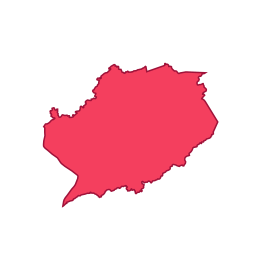 the district of Atalaya, Veraguas, Panama, rotated 242°
{"feature_id": "35544464B38923835463224", "entity_name": "Atalaya", "entity_type": "district", "adm_level": 2, "iso_a3": "PAN", "parent_name": "Panama", "parent_adm1": "Veraguas", "projection": "equal_earth", "projection_center": [-80.908, 8.019], "detail": "fine", "context": "isolated", "style": "filled", "palette": "rose", "viewbox_px": 256, "rotation_deg": 242, "n_neighbors": 0, "source": "geoboundaries", "source_scale": "gbopen_adm2", "svg_char_len": 5741}
<svg xmlns="http://www.w3.org/2000/svg" viewBox="0 0 256 256"><g transform="rotate(242 128 128)"><path d="M140.4,222.3L150.3,205.4L152.2,199.6L152.1,199.0L152.3,198.4L153.2,197.9L155.4,197.5L156.1,196.7L156.6,195.7L159.1,194.8L160.8,194.7L161.5,195.1L162.0,195.0L162.4,194.6L163.2,192.9L164.1,193.3L165.2,193.1L165.9,192.6L166.5,191.2L167.2,191.4L167.5,191.1L167.6,190.8L167.3,190.5L166.2,189.9L166.1,189.2L168.9,171.0L173.7,172.6L174.2,172.3L173.7,170.2L173.9,169.3L173.7,167.2L174.2,166.4L174.3,165.3L174.8,164.2L174.8,162.1L175.7,159.8L175.4,158.5L175.8,158.0L175.9,156.7L176.5,156.1L176.8,154.9L178.0,154.6L178.3,154.3L178.0,153.7L178.1,153.3L178.6,152.5L178.5,152.2L178.1,152.1L177.9,151.8L178.0,151.4L178.0,150.6L178.3,150.4L178.6,150.4L178.8,150.0L179.2,150.0L179.9,149.0L183.0,149.3L184.0,147.7L184.4,147.4L186.3,148.4L186.8,148.4L187.2,147.9L187.0,147.0L187.1,146.8L188.0,146.9L188.7,145.8L189.2,146.1L190.1,146.1L190.5,145.4L190.4,142.1L189.9,140.5L189.8,139.2L189.2,138.9L188.5,140.3L188.2,140.4L187.5,138.8L187.2,137.1L186.7,136.1L186.7,135.5L187.2,134.1L187.3,132.8L186.4,128.5L184.8,127.8L184.5,127.4L184.5,126.8L184.6,126.6L185.3,127.2L185.5,127.1L185.5,126.1L186.2,124.7L185.8,123.6L185.4,123.3L185.1,123.3L183.5,124.9L182.2,123.7L180.9,123.0L180.3,121.3L179.4,120.5L179.4,118.5L179.1,118.2L178.6,117.0L177.7,116.1L177.9,115.0L177.3,114.2L176.7,114.1L175.1,114.4L173.7,115.8L173.2,115.5L171.8,113.6L171.3,113.6L170.3,114.6L169.8,114.3L169.4,113.6L169.3,112.8L170.4,111.6L170.2,110.2L170.7,109.2L169.8,108.7L169.7,108.1L170.1,107.7L170.6,106.6L171.6,105.6L171.7,104.6L171.4,103.2L171.1,102.7L170.0,102.2L169.6,102.7L168.7,102.0L168.3,99.2L168.0,98.9L167.2,98.7L166.9,98.5L166.9,98.1L167.1,97.8L168.9,97.1L169.2,96.7L169.3,96.3L168.9,95.7L167.7,95.1L166.1,93.5L166.1,92.6L166.9,90.5L167.1,89.4L166.7,89.1L165.4,90.0L165.0,89.9L164.8,88.4L164.2,86.4L164.4,86.2L165.2,86.0L165.4,85.3L165.0,85.0L164.0,85.3L163.6,84.8L163.9,83.2L164.7,81.4L165.0,81.2L165.9,81.9L166.4,81.9L166.7,81.3L166.8,80.5L167.2,80.2L167.9,80.2L168.7,78.1L170.3,76.5L170.4,75.9L169.5,74.3L169.4,73.7L169.4,73.1L169.7,72.6L170.3,72.2L171.9,72.4L172.4,72.2L173.4,73.0L174.9,72.9L175.4,73.2L175.6,73.6L177.7,74.7L178.0,74.2L178.0,73.8L177.6,73.2L177.9,72.4L178.6,72.0L180.0,72.3L180.4,72.2L180.8,71.7L181.0,70.2L180.2,70.1L179.4,69.3L179.2,68.7L179.6,67.9L179.4,67.1L178.7,67.2L177.7,66.4L176.8,66.9L176.3,66.5L175.5,66.7L174.7,65.6L173.1,66.4L172.4,66.4L171.4,67.8L171.0,68.0L170.7,67.6L170.5,66.0L170.8,65.1L170.7,63.9L169.9,61.7L169.6,60.3L169.6,58.5L170.2,57.3L170.2,56.9L168.7,54.2L167.8,54.6L167.0,54.5L163.5,52.6L160.2,51.1L156.1,47.6L153.3,45.8L151.7,45.0L150.5,45.0L148.9,45.4L146.0,46.7L140.5,48.8L134.8,51.7L128.9,52.3L127.5,52.7L123.8,54.3L116.5,58.3L109.8,61.3L108.9,61.2L107.0,59.9L102.8,55.0L101.7,53.0L100.4,49.5L97.1,42.8L95.9,40.0L94.6,37.9L93.4,36.7L89.5,33.7L89.5,34.2L90.1,36.5L90.4,37.3L90.3,38.6L91.2,38.8L90.9,40.2L90.7,42.8L90.1,44.7L90.3,46.0L90.9,46.6L90.7,48.0L90.9,48.4L90.9,49.1L91.1,49.8L91.1,51.3L91.5,52.0L91.6,52.5L90.6,53.8L90.9,55.3L89.8,59.2L89.5,61.3L89.0,62.2L88.5,63.3L88.9,64.3L88.8,64.7L88.2,64.4L87.8,65.5L87.4,65.6L86.7,67.1L86.4,67.2L86.1,67.6L85.5,67.7L84.1,69.0L83.1,69.2L82.9,69.5L82.1,69.9L81.2,69.7L80.7,70.3L80.0,70.5L80.1,71.3L79.8,72.2L80.0,72.4L80.8,72.6L80.9,74.1L80.8,74.8L81.3,76.4L82.3,77.9L82.7,78.2L82.7,78.8L83.1,79.6L83.2,80.2L82.9,81.8L82.2,83.0L80.4,83.4L80.0,83.7L79.6,86.1L79.6,86.7L80.0,87.3L79.8,89.4L80.2,90.1L80.1,90.9L79.6,91.9L78.9,92.0L78.7,92.5L78.7,93.3L79.2,94.2L79.4,95.1L79.2,95.5L78.4,96.6L78.5,97.1L78.3,98.7L78.1,99.0L77.6,98.8L77.4,99.0L77.3,99.4L76.2,99.7L76.0,99.4L75.9,98.5L75.6,98.2L74.6,98.0L73.8,98.6L73.0,98.2L72.6,98.2L71.9,99.7L71.8,100.3L72.0,101.2L72.6,102.1L72.6,102.4L72.4,102.6L71.6,102.2L71.2,102.4L71.0,102.8L70.9,104.2L70.7,104.5L70.4,104.6L69.5,104.3L68.8,104.8L67.3,104.0L66.5,104.1L66.3,104.4L66.7,106.2L66.2,107.4L66.1,107.9L66.7,109.0L66.6,109.3L65.7,109.8L65.5,110.2L65.6,110.6L66.1,111.0L67.0,110.6L67.5,110.8L67.7,111.3L67.7,112.9L67.9,113.6L68.5,114.2L69.4,114.3L70.2,115.5L70.7,115.5L72.2,114.3L73.8,114.8L74.0,115.1L73.9,115.9L71.9,116.9L71.8,118.3L71.1,119.5L71.5,120.9L71.3,121.6L70.1,122.4L68.9,122.5L68.7,122.7L69.0,123.8L69.7,124.8L68.9,127.3L69.0,128.1L68.7,129.1L69.0,130.0L69.0,130.6L68.4,131.1L68.2,132.0L68.8,133.4L69.6,134.0L70.0,134.6L70.0,135.0L69.6,135.5L69.8,136.2L71.6,137.4L71.5,140.4L72.1,141.8L71.8,143.6L71.8,145.3L72.2,146.1L73.3,146.6L73.8,147.1L73.8,147.6L73.6,149.1L74.4,149.5L74.7,150.7L73.1,152.7L71.7,153.6L70.0,155.3L70.2,156.3L69.9,158.3L69.6,158.6L68.6,158.8L68.4,159.6L69.0,160.2L69.7,161.8L70.2,162.4L71.3,163.1L73.0,163.0L74.6,164.0L75.1,164.6L75.4,165.6L75.5,166.7L75.4,167.5L75.0,168.9L75.0,169.4L76.3,169.7L76.9,170.1L77.3,172.0L77.7,173.0L78.5,174.4L79.9,175.9L80.0,176.4L80.1,177.2L79.6,178.0L79.6,178.9L79.3,179.3L79.2,180.1L79.4,180.4L80.0,180.7L80.4,181.2L80.5,181.9L80.3,182.8L81.0,184.5L80.8,185.1L80.1,185.2L79.9,185.6L80.1,185.9L80.8,186.3L81.0,186.6L80.3,187.9L80.4,188.4L81.0,188.8L81.1,189.2L80.8,190.7L81.4,192.1L80.8,195.2L80.9,196.5L81.6,197.2L81.9,198.2L82.9,198.8L82.9,199.2L82.6,199.7L82.7,200.6L83.9,201.2L84.4,201.3L91.2,210.1L115.3,208.6L117.5,208.1L118.1,207.6L118.7,207.4L119.2,206.8L119.5,207.1L121.0,211.1L122.3,210.8L122.8,209.8L123.3,210.1L123.9,211.3L124.0,214.3L124.9,215.1L125.6,215.3L126.6,215.1L128.1,214.4L129.8,214.9L131.1,214.9L131.9,215.2L132.1,214.8L132.1,212.8L132.6,211.9L133.0,210.2L133.5,209.6L134.2,209.7L135.4,210.0L135.9,210.5L136.4,211.2L136.5,212.7L137.1,213.0L137.7,213.8L138.9,213.6L139.7,214.0L139.9,214.3L140.1,215.4L139.6,216.3L139.6,216.8L140.2,218.0L140.8,218.6L140.8,219.2L140.3,221.0L140.4,222.3Z" fill="#f43f5e" stroke="#9f1239" stroke-width="1.5"/></g></svg>